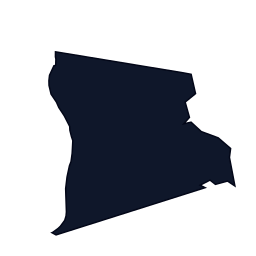 Bracken, Kentucky, United States of America (orthographic projection), rotated 258°
{"feature_id": "52423323B34365649324195", "entity_name": "Bracken", "entity_type": "district", "adm_level": 2, "iso_a3": "USA", "parent_name": "United States of America", "parent_adm1": "Kentucky", "projection": "orthographic", "projection_center": [-84.084, 38.689], "detail": "fine", "context": "isolated", "style": "filled", "palette": "ink", "viewbox_px": 256, "rotation_deg": 258, "n_neighbors": 0, "source": "geoboundaries", "source_scale": "gbopen_adm2", "svg_char_len": 708}
<svg xmlns="http://www.w3.org/2000/svg" viewBox="0 0 256 256"><g transform="rotate(258 128 128)"><path d="M54.7,201.8L55.4,214.3L49.1,220.5L78.1,221.1L86.6,224.1L99.6,214.2L109.3,198.9L120.6,190.9L120.5,183.4L125.6,190.3L141.5,189.3L147.6,201.2L167.4,200.9L170.4,193.7L217.6,72.9L212.7,71.8L210.4,71.8L205.1,70.5L204.3,70.1L204.3,68.5L195.9,62.2L190.8,60.5L186.1,59.6L177.1,59.8L168.2,63.4L162.4,64.6L153.2,68.2L141.7,71.3L137.8,70.7L137.3,70.7L131.5,70.9L127.1,71.4L114.8,68.1L107.0,65.3L103.3,62.9L92.8,58.2L81.6,54.4L58.7,50.3L54.8,49.1L50.8,46.9L45.9,41.4L44.2,38.6L41.5,32.5L41.4,31.9L38.4,35.4L53.6,191.0L57.1,186.7L60.0,197.4L54.7,201.8Z" fill="#0f172a" stroke="#020617" stroke-width="1.5"/></g></svg>